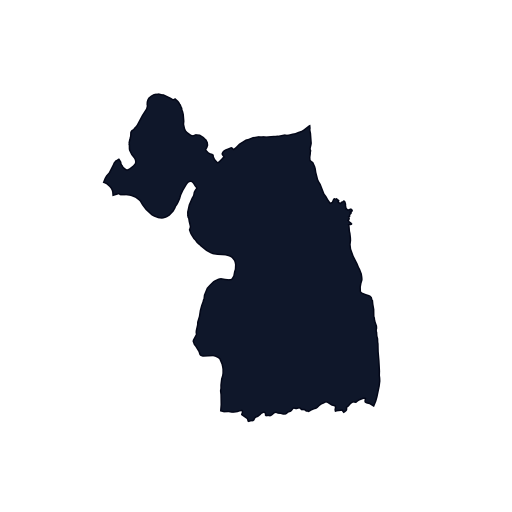 outline of Munshiganj, Dhaka, Bangladesh, rotated 233°
{"feature_id": "16705992B99884694518333", "entity_name": "Munshiganj", "entity_type": "district", "adm_level": 2, "iso_a3": "BGD", "parent_name": "Bangladesh", "parent_adm1": "Dhaka", "projection": "natural_earth1", "projection_center": [90.458, 23.527], "detail": "fine", "context": "isolated", "style": "filled", "palette": "ink", "viewbox_px": 512, "rotation_deg": 233, "n_neighbors": 0, "source": "geoboundaries", "source_scale": "gbopen_adm2", "svg_char_len": 6124}
<svg xmlns="http://www.w3.org/2000/svg" viewBox="0 0 512 512"><g transform="rotate(233 256 256)"><path d="M430.4,284.1L431.0,283.5L433.4,282.6L440.3,279.0L441.4,277.7L443.9,275.7L444.5,274.5L445.4,273.3L446.2,271.5L446.6,268.7L446.5,265.5L445.7,263.7L444.4,261.9L442.5,260.3L441.1,259.6L439.2,257.2L436.5,249.9L431.8,239.8L431.2,237.4L431.1,236.2L430.5,234.4L430.7,232.8L430.7,232.1L430.1,230.6L426.9,227.9L426.3,227.0L425.6,226.4L425.1,225.5L422.8,222.9L421.6,222.2L421.4,221.8L420.7,221.6L417.7,219.4L416.5,218.8L411.8,217.9L407.3,218.0L406.1,217.8L405.1,217.5L403.4,216.6L402.3,215.3L401.6,212.5L401.5,207.4L402.0,205.1L402.5,204.5L403.3,204.0L406.8,203.1L408.7,203.4L409.9,203.3L410.4,203.6L411.2,203.6L412.1,204.3L412.8,204.5L415.3,204.7L415.8,204.7L415.9,204.1L415.9,202.5L416.2,201.7L416.2,201.2L415.5,198.5L414.9,197.7L410.6,188.9L409.8,184.9L408.7,182.3L406.5,178.7L405.3,179.5L403.5,180.4L399.6,181.2L397.5,181.3L394.9,180.9L394.7,180.7L393.5,180.3L390.5,178.4L388.5,183.9L388.0,184.3L386.9,184.5L386.5,184.8L382.9,189.6L380.4,192.1L379.1,193.1L375.3,195.4L371.3,196.5L369.6,196.8L365.1,196.3L359.3,196.3L351.6,197.7L349.2,198.8L345.4,201.2L343.1,203.6L342.5,204.6L341.6,206.9L341.2,208.4L340.9,211.3L341.8,216.8L343.2,220.0L344.3,221.8L344.8,223.6L345.9,226.0L347.8,229.4L350.2,232.6L352.6,237.1L355.2,243.4L355.7,245.1L355.9,246.7L355.2,248.7L353.8,249.8L351.6,250.0L348.5,249.7L346.5,249.8L345.7,249.6L344.9,247.0L344.0,245.1L342.4,243.4L341.5,242.2L340.5,239.8L336.9,233.5L332.2,228.0L330.7,226.9L329.7,226.4L329.7,226.1L327.6,225.1L326.7,225.1L323.7,223.5L319.1,221.5L318.0,220.4L316.9,218.7L313.6,217.7L312.0,217.4L307.2,217.0L305.4,217.3L302.3,217.2L299.6,217.7L299.0,218.1L297.9,218.0L290.3,219.9L285.9,221.9L283.7,223.2L280.5,226.4L275.4,232.4L272.7,234.5L271.1,235.5L269.2,236.2L265.3,236.3L263.3,235.6L261.3,234.6L257.7,231.6L256.3,229.6L253.3,226.3L252.0,223.1L252.1,221.9L253.3,219.9L255.9,217.1L258.8,214.4L259.4,213.4L260.0,211.9L260.8,207.9L260.9,206.6L260.2,201.4L259.5,197.7L255.7,191.3L252.9,188.7L252.4,187.6L251.2,186.2L249.1,182.9L245.9,178.8L241.7,174.5L238.2,169.7L236.1,168.0L232.4,163.6L231.1,162.4L229.1,161.3L226.5,155.6L225.7,154.6L222.4,153.6L220.3,153.7L214.0,153.1L211.2,152.1L210.2,152.1L208.6,153.0L208.0,153.5L202.3,161.9L200.3,163.5L197.5,164.9L195.6,165.3L190.0,163.9L187.4,162.7L185.4,161.6L182.2,159.2L180.5,157.5L178.5,154.7L174.0,150.4L171.4,148.5L169.6,146.6L166.3,144.7L158.1,138.7L153.6,134.7L150.9,136.8L148.3,140.6L145.9,142.8L144.9,144.1L143.0,147.5L142.4,149.5L141.2,151.8L140.7,151.9L139.7,151.4L139.1,150.9L138.1,149.3L137.8,149.2L131.4,151.3L130.0,150.9L129.0,150.4L128.4,150.6L127.6,152.8L126.5,154.3L126.4,154.8L126.5,155.8L127.2,156.9L127.5,158.0L127.4,159.4L126.9,160.8L127.0,164.3L127.3,165.2L126.8,167.9L126.3,168.6L125.4,168.9L124.0,168.6L123.3,167.9L122.7,167.9L122.3,168.2L121.3,169.9L120.2,170.9L119.8,171.7L119.7,173.5L119.9,176.0L119.3,177.9L117.3,179.1L115.4,181.2L113.5,182.6L112.2,184.4L112.0,185.6L112.2,187.5L111.3,190.2L111.4,191.4L112.0,193.4L112.0,194.3L111.8,194.8L110.0,196.2L108.8,199.2L107.9,199.7L105.9,200.0L104.2,202.3L101.9,202.9L101.4,203.9L100.6,204.1L100.2,204.5L99.9,207.4L99.2,210.3L98.4,212.2L98.3,213.8L98.7,216.6L98.6,219.4L98.1,221.1L97.7,223.5L97.3,224.3L96.1,225.2L91.4,226.9L88.8,229.0L87.3,228.5L85.5,226.6L84.3,226.1L83.8,227.5L81.1,232.0L78.4,232.0L78.3,233.1L78.4,234.8L78.6,235.5L79.2,236.2L80.7,237.2L80.7,239.5L81.3,242.1L81.4,243.8L81.3,245.0L81.0,245.9L79.1,247.7L79.2,250.1L79.0,251.9L77.9,255.8L77.2,257.0L76.4,257.7L74.4,255.7L73.5,255.4L71.9,256.2L69.8,258.0L65.4,259.7L68.2,264.4L70.8,267.8L77.8,275.8L81.6,279.5L84.2,281.3L86.5,282.6L89.7,285.2L98.3,291.0L106.1,295.9L112.5,300.5L114.0,301.3L116.7,303.2L119.4,304.3L122.6,306.4L123.3,306.5L124.9,307.7L125.8,308.8L127.6,310.0L131.7,311.3L134.1,312.4L135.2,313.1L136.9,313.7L142.5,317.8L147.2,320.2L150.3,322.1L151.1,322.0L153.4,323.0L155.2,322.8L156.4,322.2L159.2,320.2L162.7,318.1L164.3,317.8L165.1,318.1L168.6,320.6L171.2,323.4L173.1,326.0L173.8,326.6L175.5,327.7L178.3,329.2L182.8,330.5L185.3,330.9L189.0,331.9L197.5,333.4L204.6,335.6L208.6,337.9L211.6,340.8L213.6,342.2L217.5,344.5L219.7,345.5L223.3,347.8L225.3,348.8L224.2,350.6L224.0,351.3L224.1,351.6L225.6,351.5L227.1,350.9L228.4,351.1L229.1,350.9L229.5,352.6L230.0,353.0L231.5,353.5L231.4,354.7L232.0,355.0L232.8,356.0L232.9,357.4L233.2,357.9L233.5,358.1L234.2,357.6L234.4,357.7L234.4,358.6L234.1,359.7L234.5,360.2L235.0,360.3L236.3,360.0L236.6,359.4L236.9,357.9L237.3,357.3L237.6,356.9L238.7,356.7L239.3,356.1L239.7,356.7L241.0,356.9L241.4,357.3L243.2,358.2L243.4,358.6L245.7,359.5L247.0,359.3L247.0,357.0L247.4,356.7L247.1,355.1L247.3,354.8L249.6,354.0L250.0,354.3L250.2,355.1L250.5,355.4L251.0,355.3L252.1,354.8L253.1,354.8L253.3,353.8L254.5,353.0L254.5,352.2L252.9,349.4L252.9,348.7L253.4,346.9L257.7,347.0L261.4,347.5L264.7,347.5L274.6,350.3L277.8,350.6L280.0,351.1L286.9,354.0L290.0,355.7L292.0,356.5L296.4,357.5L299.1,356.7L300.2,356.8L302.5,358.3L305.2,361.0L305.8,361.4L307.3,363.0L308.3,363.2L309.5,364.0L312.0,367.0L312.9,367.9L321.1,373.2L323.8,374.5L324.7,375.1L325.6,376.0L327.7,377.3L327.8,376.9L327.7,370.1L327.9,367.6L329.0,364.4L329.9,361.0L331.2,358.5L332.6,355.1L333.7,353.2L335.3,351.7L338.0,346.0L338.7,345.2L339.6,343.6L340.9,341.8L344.7,335.8L346.6,333.7L347.9,331.7L349.6,329.7L351.3,326.3L352.2,324.9L353.5,320.0L354.5,317.9L355.2,310.1L354.5,305.5L354.4,302.3L354.5,302.1L355.1,301.9L356.0,302.0L357.3,301.4L358.2,297.9L358.8,296.0L359.1,293.9L358.9,292.4L358.2,290.8L357.5,290.3L356.6,290.2L354.2,290.2L354.2,288.3L353.9,287.4L353.3,283.2L353.5,281.5L354.0,281.2L358.0,280.9L360.9,281.5L362.4,282.4L362.8,282.1L363.6,282.0L365.1,280.8L367.0,279.9L370.9,279.5L371.3,279.7L372.3,282.0L373.7,284.0L376.0,285.3L378.9,285.8L379.9,285.5L382.3,285.2L386.3,283.7L389.0,280.8L389.6,278.5L390.0,277.7L391.6,276.5L396.3,275.1L398.4,274.9L400.8,275.5L403.9,276.9L404.9,277.4L407.1,279.4L412.8,283.0L415.5,284.2L417.2,284.6L418.8,285.6L419.5,285.6L422.3,286.4L423.3,286.3L424.7,286.6L426.5,286.6L430.1,285.9L430.4,284.1Z" fill="#0f172a" stroke="#020617" stroke-width="1.5"/></g></svg>